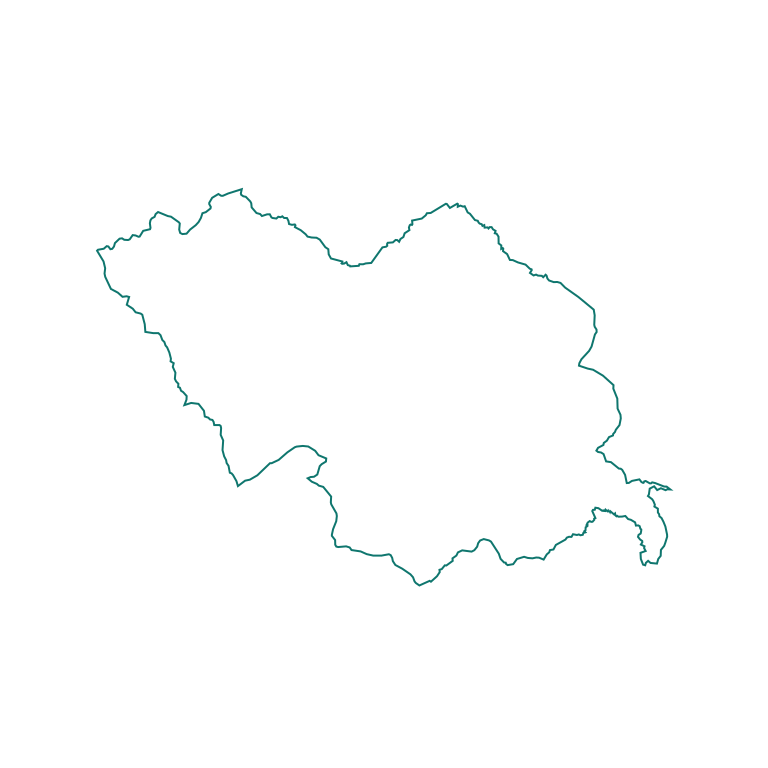 Carmen De Carupa, Cundinamarca, Colombia (orthographic projection), rotated 101°
{"feature_id": "7082276B22824140960773", "entity_name": "Carmen De Carupa", "entity_type": "district", "adm_level": 2, "iso_a3": "COL", "parent_name": "Colombia", "parent_adm1": "Cundinamarca", "projection": "orthographic", "projection_center": [-73.909, 5.336], "detail": "fine", "context": "isolated", "style": "outline", "palette": "teal", "viewbox_px": 768, "rotation_deg": 101, "n_neighbors": 0, "source": "geoboundaries", "source_scale": "gbopen_adm2", "svg_char_len": 6129}
<svg xmlns="http://www.w3.org/2000/svg" viewBox="0 0 768 768"><g transform="rotate(101 384 384)"><path d="M211.4,311.1L210.5,312.1L211.3,315.1L208.9,315.9L210.0,317.5L208.5,318.6L208.3,320.7L207.4,322.0L205.9,323.1L205.7,326.0L200.5,332.1L199.6,334.6L194.1,338.7L194.8,340.2L194.3,343.1L195.9,345.4L193.3,345.8L193.0,346.5L198.6,352.9L195.3,356.7L195.3,357.7L207.2,370.8L208.2,374.5L210.4,375.2L214.4,378.5L218.2,387.6L221.7,386.6L222.5,386.9L222.4,388.3L223.2,389.0L225.6,389.4L228.1,388.4L232.1,392.5L236.0,393.0L238.5,395.5L241.5,396.3L240.2,398.4L240.4,400.1L243.3,402.3L244.7,407.3L245.9,407.7L247.7,407.2L248.8,408.1L250.2,411.6L267.6,419.6L269.1,424.9L270.5,427.4L271.1,431.0L272.8,431.3L275.0,439.6L274.4,440.0L274.2,442.2L271.6,444.1L273.4,446.1L274.0,448.0L273.7,448.6L272.9,448.0L271.7,448.2L270.9,460.0L267.3,463.0L262.3,464.4L260.9,467.7L254.5,474.6L253.3,478.1L254.0,483.0L253.9,487.2L252.0,489.4L248.9,495.1L247.0,501.4L245.1,501.2L244.4,502.0L245.3,504.7L245.1,507.7L242.0,509.0L239.6,510.9L240.1,513.7L238.8,515.8L240.0,517.3L240.0,519.7L242.1,521.2L242.3,525.1L241.9,526.3L239.2,528.5L239.8,531.2L242.4,535.9L240.8,538.0L240.5,541.8L235.9,547.6L231.9,548.8L230.3,550.1L226.6,555.4L226.6,557.9L225.5,560.3L224.2,560.9L219.9,560.8L226.7,573.3L230.0,578.1L230.3,579.8L229.1,582.8L234.0,588.2L239.4,590.1L240.7,589.9L243.2,587.8L244.8,587.8L249.3,591.7L251.0,594.8L255.9,595.4L260.4,596.9L264.0,599.1L269.4,603.8L274.1,606.5L275.3,610.5L274.6,612.9L271.5,614.5L265.4,615.1L264.4,616.2L260.4,625.0L260.4,628.2L258.3,638.6L260.8,640.6L263.7,641.1L265.8,643.6L267.9,644.5L270.9,644.5L275.3,643.0L276.7,643.2L279.6,649.6L285.9,652.0L286.3,653.1L285.6,656.2L285.8,659.1L290.5,661.2L291.5,662.7L292.0,666.5L291.0,668.9L291.8,671.3L297.0,675.0L300.6,675.3L303.2,676.6L303.9,678.3L301.6,680.8L301.6,682.5L304.7,684.9L306.8,690.4L307.9,691.1L317.2,682.7L323.6,679.8L328.9,679.4L332.0,678.1L342.8,670.2L345.1,662.7L348.3,657.3L347.0,653.4L347.2,650.8L355.3,651.6L358.0,645.0L361.0,641.5L361.3,636.3L362.1,634.5L370.9,630.3L378.4,628.2L378.1,620.4L377.1,615.2L378.7,612.7L383.1,610.0L384.7,607.6L387.9,605.8L389.4,603.9L394.1,600.7L399.8,598.0L402.5,597.8L403.7,594.4L407.5,594.6L412.7,590.9L418.8,590.3L421.1,588.6L423.0,585.9L426.2,585.5L426.6,583.6L429.3,582.0L430.3,579.6L433.5,575.4L437.1,574.9L442.8,575.9L439.4,569.7L438.9,562.3L444.7,555.6L450.1,553.7L450.6,550.0L452.0,548.0L452.0,545.6L453.6,544.1L456.7,542.8L455.7,537.6L456.4,536.3L458.3,535.5L465.1,534.6L470.1,531.1L479.7,529.9L485.5,527.1L488.8,524.5L491.6,523.4L494.0,521.0L500.5,518.4L500.8,516.6L502.2,514.8L507.5,510.3L512.1,507.9L505.4,501.9L503.5,497.4L497.8,490.9L483.5,480.8L483.2,479.2L478.6,472.9L469.5,465.8L463.1,459.5L462.1,457.8L460.3,451.9L459.8,446.4L462.7,438.8L466.4,434.7L468.1,426.5L471.2,426.2L474.6,429.9L476.9,431.4L485.6,432.2L488.4,435.0L489.3,438.2L491.1,440.9L493.7,436.2L494.9,430.8L496.2,428.6L496.6,424.0L504.6,414.4L510.4,413.6L512.2,412.8L520.1,406.0L522.6,405.1L527.8,404.7L536.3,406.3L541.9,406.4L543.0,406.2L546.5,402.2L551.1,401.2L552.7,399.8L552.8,397.9L550.6,390.2L551.0,386.5L553.2,384.2L552.8,375.0L554.3,368.5L554.5,362.0L553.0,353.9L550.2,346.7L550.7,344.8L553.1,342.8L556.2,341.5L559.5,338.3L561.8,330.9L565.8,321.7L568.2,318.6L572.0,316.3L573.3,314.7L575.0,310.8L568.5,301.6L569.1,300.2L562.6,295.3L558.0,293.4L555.8,294.1L554.7,292.0L550.4,289.7L550.3,288.2L544.5,282.8L542.1,283.5L538.6,280.2L535.2,279.3L532.4,275.5L531.8,266.0L529.9,263.6L525.9,261.5L522.3,261.2L519.3,259.8L517.2,256.5L517.5,251.1L518.3,248.9L528.7,238.9L533.4,236.2L536.3,232.1L536.2,230.4L537.3,229.9L538.2,228.1L536.2,222.8L530.4,220.1L526.9,213.5L527.3,209.7L526.8,205.0L525.3,201.5L524.9,198.7L525.9,193.8L520.2,191.7L517.7,189.7L515.4,189.4L514.1,186.1L509.2,184.6L502.1,176.2L499.9,175.2L498.7,173.3L498.3,170.8L495.4,169.8L495.4,165.8L494.5,164.0L495.0,162.3L494.1,160.1L492.2,159.9L491.2,158.0L490.3,159.3L489.1,158.3L486.2,158.7L484.6,157.2L483.4,157.4L483.5,158.2L481.2,157.6L479.3,155.9L479.8,154.3L479.4,153.0L477.2,151.7L476.1,152.0L475.3,150.9L469.0,155.3L467.7,154.9L467.2,153.1L465.1,152.9L465.0,149.8L466.7,145.9L466.0,143.7L466.2,143.2L466.6,143.6L466.5,142.6L465.1,142.5L466.3,140.5L465.6,140.0L466.3,139.7L466.0,138.1L466.5,137.7L465.7,137.6L468.1,133.3L467.0,132.5L468.8,131.8L469.5,130.6L468.9,130.1L469.5,128.7L468.8,125.2L467.5,121.9L470.0,118.6L470.2,115.8L471.9,111.1L474.9,109.7L474.3,107.4L474.8,105.9L477.2,104.7L477.7,103.7L479.0,103.5L481.8,103.5L483.5,105.3L485.6,105.5L487.8,102.9L488.8,100.6L490.0,100.2L492.6,101.2L493.6,97.3L495.4,97.4L498.0,95.3L500.8,100.0L506.7,98.5L511.9,95.2L512.1,93.0L509.6,92.8L507.2,91.0L508.8,88.2L508.2,81.8L503.4,81.4L499.9,79.6L494.0,80.5L489.5,78.1L486.4,77.6L479.9,76.9L477.8,77.4L470.2,80.6L465.9,83.4L462.6,86.0L461.3,88.4L459.3,89.1L457.9,90.6L454.1,91.4L452.7,95.2L450.8,95.1L447.7,97.1L446.0,98.7L443.6,103.5L441.9,102.9L436.0,103.2L432.9,99.3L436.0,95.6L433.5,92.3L434.5,87.3L433.3,85.8L432.9,82.8L430.8,87.0L431.2,89.5L429.5,98.9L429.4,102.0L430.5,102.8L430.8,104.1L429.3,108.6L429.9,109.9L431.5,110.4L431.6,111.0L431.1,112.6L428.9,115.1L431.8,122.1L434.4,124.8L434.9,126.8L427.2,130.0L422.8,133.8L422.0,135.5L422.2,137.3L417.4,146.3L417.6,151.2L410.9,155.1L409.8,157.9L409.9,160.9L408.9,162.8L405.8,161.7L402.0,157.0L399.9,157.0L397.1,154.4L393.2,153.0L390.8,149.4L389.3,149.5L387.0,148.1L384.7,147.7L379.4,145.0L372.6,145.0L369.1,146.0L363.6,150.0L353.8,152.2L344.8,158.0L341.3,158.5L334.0,170.7L330.1,181.5L330.0,186.9L328.8,196.1L326.3,196.2L322.0,194.9L312.4,189.0L307.7,187.4L295.1,186.4L292.4,185.2L290.0,185.8L287.6,188.1L285.8,188.9L276.4,190.3L271.0,192.3L261.5,209.8L254.8,224.6L251.1,230.0L250.8,233.4L251.6,236.8L250.9,241.7L249.3,243.7L246.6,245.1L245.9,246.2L248.8,248.1L247.7,249.7L248.2,253.6L247.6,255.6L248.9,257.9L247.1,261.9L244.0,260.7L243.3,261.0L243.0,262.9L239.8,267.8L239.1,275.7L237.8,281.2L238.2,284.1L233.0,287.9L230.9,292.5L228.3,292.8L227.9,293.4L229.0,294.7L225.6,295.3L224.1,298.3L217.5,299.7L215.0,302.1L214.9,304.0L212.4,303.7L211.4,306.5L209.5,308.3L209.8,310.1L211.4,311.1Z" fill="none" stroke="#0f766e" stroke-width="2"/></g></svg>